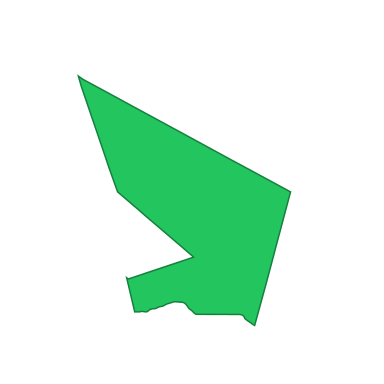 Santana do Maranhão, Maranhão, Brazil, rotated 251°
{"feature_id": "56859067B28543364324462", "entity_name": "Santana do Maranhão", "entity_type": "district", "adm_level": 2, "iso_a3": "BRA", "parent_name": "Brazil", "parent_adm1": "Maranhão", "projection": "robinson", "projection_center": [-42.686, -3.208], "detail": "fine", "context": "isolated", "style": "filled", "palette": "green", "viewbox_px": 384, "rotation_deg": 251, "n_neighbors": 0, "source": "geoboundaries", "source_scale": "gbopen_adm2", "svg_char_len": 972}
<svg xmlns="http://www.w3.org/2000/svg" viewBox="0 0 384 384"><g transform="rotate(251 192 192)"><path d="M60.7,197.1L59.5,199.4L57.3,200.7L55.2,200.7L53.0,202.1L51.4,203.2L48.9,205.2L47.3,206.1L45.4,207.8L82.3,233.0L105.2,248.4L110.8,252.1L148.7,277.6L160.0,285.2L186.7,260.7L188.1,259.4L207.2,241.8L208.8,240.3L224.1,226.3L247.0,205.4L293.1,163.1L301.0,155.9L333.9,125.7L338.6,122.3L327.9,121.7L284.6,121.6L252.0,121.5L242.3,121.4L216.3,121.7L190.4,136.9L183.9,140.6L181.6,142.0L179.5,143.2L174.1,146.4L169.2,149.3L163.6,152.6L160.0,154.7L136.2,168.7L131.5,171.4L129.9,172.2L130.5,103.5L132.2,102.3L97.3,98.8L95.7,103.6L95.5,105.7L94.2,108.2L93.4,110.3L93.9,112.3L94.6,113.9L94.5,116.7L93.7,118.9L93.8,120.7L94.1,123.3L93.6,127.4L93.9,129.2L94.3,131.5L94.2,134.4L94.0,139.6L91.8,144.8L90.9,147.1L89.5,148.7L87.8,149.7L84.8,150.7L83.0,151.1L79.5,153.4L76.9,154.6L75.1,155.9L72.8,162.4L61.4,195.2L60.7,197.1Z" fill="#22c55e" stroke="#15803d" stroke-width="1.5"/></g></svg>